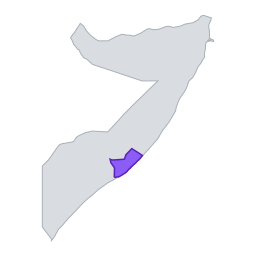 location of Shabeellaha Dhexe within Somalia
{"feature_id": "SOM-2410", "entity_name": "Shabeellaha Dhexe", "entity_type": "Region", "adm_level": 1, "iso_a3": "SOM", "parent_name": "Somalia", "parent_adm1": "", "projection": "albers", "projection_center": [46.104, 3.02], "detail": "fine", "context": "in_parent", "style": "filled", "palette": "violet", "viewbox_px": 256, "rotation_deg": 0, "n_neighbors": 0, "source": "natural_earth", "source_scale": "10m", "svg_char_len": 2829}
<svg xmlns="http://www.w3.org/2000/svg" viewBox="0 0 256 256"><path d="M51.5,239.3L51.2,238.6L49.7,236.6L46.7,232.8L44.5,229.9L42.3,227.0L42.3,224.7L42.3,217.7L42.3,203.8L42.3,189.9L42.3,176.0L42.3,169.0L42.3,166.2L42.6,165.7L45.2,163.2L48.6,159.8L53.1,153.4L55.5,149.9L57.6,147.0L58.1,146.2L59.9,144.4L63.3,143.4L65.4,143.2L72.5,141.9L73.6,141.4L74.2,140.8L74.9,139.4L76.3,137.4L78.1,136.1L81.5,134.4L84.9,132.9L85.6,132.6L89.7,131.7L90.7,131.4L92.3,131.1L92.9,131.1L98.6,131.4L103.0,131.7L107.5,131.9L108.0,131.7L111.1,128.3L116.2,122.8L119.4,119.3L124.3,113.8L128.2,109.9L132.4,105.6L136.5,101.6L141.4,96.9L144.5,93.9L149.3,89.2L153.9,84.8L157.9,80.9L152.3,80.9L146.9,80.9L141.5,80.9L140.5,80.4L136.0,78.9L130.3,77.0L123.2,74.6L118.1,72.9L112.7,71.1L107.3,69.3L103.0,67.9L97.6,66.1L93.0,64.6L92.3,64.2L89.8,61.9L86.4,58.8L85.7,58.7L84.1,58.1L82.7,56.4L81.2,54.3L79.8,51.7L79.2,49.9L77.4,49.1L76.5,47.7L74.8,45.6L73.7,44.6L73.3,43.7L72.7,41.8L71.8,39.8L70.9,38.6L70.6,38.1L70.7,37.7L72.4,35.0L73.2,34.0L74.0,33.1L74.8,32.2L75.0,31.5L77.1,28.3L78.9,25.6L80.3,23.4L83.5,25.9L86.6,31.0L90.3,35.1L95.2,38.9L97.2,40.2L99.0,40.9L108.1,40.8L114.6,37.3L120.4,34.8L122.4,34.3L125.8,35.0L129.6,35.2L133.0,35.9L134.7,35.8L141.4,32.8L145.6,30.0L148.4,28.7L149.5,28.7L153.5,29.7L158.5,29.3L165.3,26.8L167.5,26.3L169.2,26.3L172.9,27.4L173.5,27.3L175.5,27.1L180.9,25.9L185.0,24.1L192.7,22.8L198.5,19.6L199.5,18.0L201.3,16.0L203.8,15.4L210.4,17.6L211.4,17.8L211.0,19.2L210.8,20.7L209.5,23.1L208.6,25.9L209.3,30.2L209.6,37.0L209.5,38.0L209.0,39.0L208.9,39.8L208.2,40.1L207.8,40.5L208.4,40.7L210.4,39.9L210.4,39.1L210.5,38.7L212.2,39.6L213.4,40.0L213.7,40.8L213.6,41.4L211.7,41.2L210.7,40.7L207.9,41.5L206.2,42.3L205.7,43.7L205.3,49.0L204.6,52.6L204.5,57.2L202.3,60.3L201.5,62.4L198.1,66.8L196.3,70.5L195.7,72.3L192.8,77.4L188.7,81.3L187.2,86.3L185.7,89.5L184.1,92.3L180.4,97.4L178.6,100.9L176.3,107.0L175.6,110.9L169.0,122.1L162.2,131.0L157.9,138.6L150.3,147.3L139.9,158.6L126.2,172.0L122.5,174.7L107.6,183.0L97.9,189.9L92.9,194.6L87.7,198.7L83.5,202.5L71.0,215.7L69.7,216.9L68.5,218.1L66.9,220.3L65.8,221.2L62.8,224.9L60.9,226.9L58.8,228.8L58.0,230.1L57.3,231.7L56.6,232.6L54.7,236.3L53.0,238.7L51.4,240.6L51.5,239.3Z" fill="#d9dde1" stroke="#a8b0b8" stroke-width="1"/><path d="M142.5,155.6L142.1,156.0L139.2,159.5L137.0,161.4L135.7,162.9L133.5,164.8L132.2,166.1L131.2,166.8L131.2,167.0L131.0,167.3L130.9,167.3L130.6,167.4L130.5,167.7L130.4,168.0L130.2,168.3L129.9,168.5L129.3,168.8L127.8,170.4L127.6,170.7L127.3,171.2L127.1,171.4L126.4,171.8L126.2,172.3L125.8,172.6L122.5,174.7L120.6,175.8L118.9,176.8L116.5,177.0L115.3,177.4L114.3,176.9L114.5,167.9L110.9,162.7L110.1,159.2L111.4,159.8L113.4,160.0L124.4,159.2L125.9,154.7L126.7,154.0L126.7,153.9L131.8,148.6L142.5,155.5L142.5,155.6Z" fill="#8b5cf6" stroke="#5b21b6" stroke-width="1.5"/></svg>